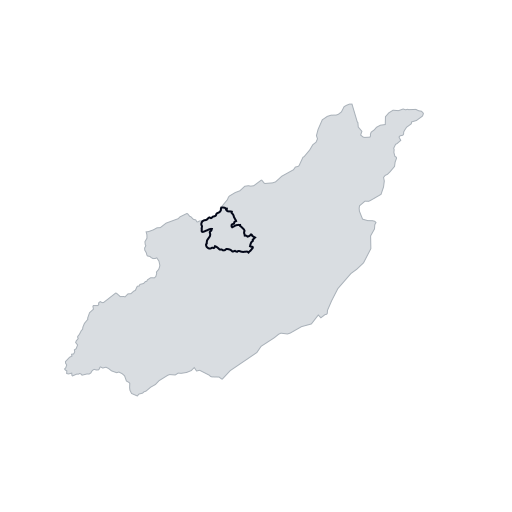 location of Bulgan within Mongolia, rotated 319°
{"feature_id": "MNG-3323", "entity_name": "Bulgan", "entity_type": "Province", "adm_level": 1, "iso_a3": "MNG", "parent_name": "Mongolia", "parent_adm1": "", "projection": "robinson", "projection_center": [103.32, 48.825], "detail": "fine", "context": "in_parent", "style": "outline", "palette": "ink", "viewbox_px": 512, "rotation_deg": 319, "n_neighbors": 0, "source": "natural_earth", "source_scale": "10m", "svg_char_len": 7221}
<svg xmlns="http://www.w3.org/2000/svg" viewBox="0 0 512 512"><g transform="rotate(319 256 256)"><path d="M37.4,215.7L39.0,215.6L41.6,214.1L42.0,211.9L42.9,210.7L48.9,210.1L51.5,210.8L52.1,209.4L52.6,209.2L54.0,210.3L55.4,209.8L56.4,209.3L57.3,207.7L59.4,208.0L63.0,206.1L63.1,203.0L64.5,202.2L67.7,201.6L68.2,200.1L68.9,199.7L71.2,199.3L75.2,197.7L77.1,197.5L78.7,196.1L82.3,194.3L87.7,193.4L88.1,192.5L93.2,189.6L98.4,189.5L99.9,187.0L100.7,186.7L104.2,189.7L105.7,189.3L106.3,188.2L108.5,188.2L109.3,190.3L110.5,191.1L125.8,191.9L126.3,192.7L126.9,197.6L129.6,199.8L130.3,200.9L134.5,200.6L136.9,202.4L140.6,202.3L142.4,202.8L146.1,201.1L146.9,201.1L148.0,202.0L149.8,201.3L153.1,203.0L155.7,202.7L156.9,203.4L158.5,202.8L162.2,203.3L165.1,205.9L167.1,205.7L169.6,204.0L170.3,202.8L173.9,202.2L176.0,201.0L177.3,200.0L179.4,196.2L179.9,192.3L178.2,191.7L176.6,190.4L175.8,188.3L175.7,186.9L174.1,184.7L174.3,183.6L175.3,181.7L175.9,178.6L177.2,176.9L179.6,176.0L179.9,174.7L181.5,172.4L185.4,171.0L187.6,168.4L188.9,165.7L190.7,167.0L195.6,168.9L199.8,169.8L202.4,171.8L209.7,172.2L221.8,176.8L224.3,176.6L231.5,178.5L232.1,179.2L232.0,182.7L232.6,183.6L232.8,187.3L234.2,189.2L233.8,191.4L234.4,192.1L236.2,192.4L239.1,194.8L245.5,196.4L247.4,197.9L251.9,199.0L254.1,198.3L257.9,198.7L259.2,198.4L261.6,196.7L263.1,196.1L271.5,194.7L273.8,193.5L275.4,193.3L282.0,194.5L286.6,196.2L293.3,196.0L296.4,198.0L297.8,199.8L300.4,201.5L309.7,202.2L310.1,202.6L310.0,206.6L310.4,207.2L316.5,211.7L319.4,212.9L327.8,212.7L340.9,215.5L344.0,214.7L346.8,216.1L347.9,216.0L356.2,212.3L357.5,212.6L366.2,211.2L371.8,209.3L376.0,209.5L379.3,207.9L380.6,204.8L385.9,201.2L395.4,196.7L401.4,197.4L405.1,199.0L408.9,202.2L411.1,203.1L415.0,203.3L420.5,201.1L423.4,201.7L426.2,202.7L428.1,204.3L420.4,221.2L420.4,222.2L417.8,225.7L417.7,231.4L414.3,233.4L414.9,236.6L415.8,237.8L419.9,241.0L421.1,240.6L422.2,239.2L424.2,238.1L428.1,238.4L431.4,237.9L435.7,238.9L439.8,241.6L445.1,235.8L450.2,235.1L455.1,235.9L458.9,239.8L463.5,241.6L464.8,243.8L466.6,244.7L467.2,245.7L472.8,250.2L474.1,253.2L475.8,255.2L476.0,257.4L475.7,258.4L473.5,259.6L466.0,259.0L461.4,256.9L459.9,258.1L454.1,257.6L450.9,258.5L448.8,259.3L447.5,260.7L446.6,261.1L445.6,261.0L443.8,259.9L442.3,259.9L441.9,260.2L441.1,263.7L436.2,263.7L434.6,263.3L430.6,265.0L430.0,266.4L428.0,268.3L426.2,271.9L426.7,273.5L426.2,274.4L422.6,276.4L419.3,279.3L412.2,280.4L408.8,280.6L406.3,279.9L403.8,280.4L402.0,283.6L397.5,287.6L390.8,291.5L378.5,289.1L376.9,288.6L374.2,286.1L367.1,286.0L365.1,287.7L363.4,290.1L360.6,298.1L363.6,302.7L367.0,305.7L368.4,307.7L368.5,309.5L366.2,310.3L363.2,313.3L355.7,316.0L347.5,325.8L332.7,331.7L323.5,332.1L316.2,331.5L296.4,334.3L283.7,339.4L274.3,343.9L272.2,346.0L271.2,346.3L269.5,345.5L264.4,345.2L264.3,341.4L253.2,343.6L244.1,339.2L231.2,336.6L228.6,335.5L224.2,330.6L221.9,329.9L216.2,329.7L200.6,327.5L193.3,329.4L161.4,325.6L149.8,326.8L149.4,326.3L148.7,323.1L143.4,318.3L142.7,317.1L142.5,315.2L138.5,305.3L135.7,303.8L136.2,299.7L132.0,300.0L127.3,298.4L122.6,295.5L120.4,293.3L117.0,292.8L113.0,288.8L111.1,288.1L101.0,286.5L95.9,287.0L90.5,285.9L84.3,285.8L82.3,285.0L80.5,285.1L77.0,283.4L74.6,283.8L71.9,278.1L72.8,274.6L74.2,272.5L77.2,269.3L77.2,268.2L76.2,265.3L78.2,260.2L77.8,257.1L76.4,253.6L74.3,252.7L71.6,247.9L70.9,244.1L69.8,241.5L66.8,240.0L65.9,237.7L65.0,237.6L64.2,238.3L62.4,238.6L60.6,237.2L59.7,235.6L58.6,235.1L56.5,235.2L54.7,235.9L52.6,235.6L51.0,234.1L46.5,231.8L46.5,230.2L45.9,229.0L44.5,228.7L43.2,227.5L38.8,226.1L38.8,225.3L40.1,223.5L37.1,222.0L36.0,220.5L37.9,218.5L37.3,217.1L37.4,215.7Z" fill="#d9dde1" stroke="#a8b0b8" stroke-width="1"/><path d="M238.2,194.6L240.2,195.0L241.8,196.0L242.4,196.2L243.0,196.3L245.1,196.1L246.1,196.3L246.6,197.2L246.7,197.7L247.1,198.0L247.5,198.1L248.8,198.0L249.2,198.0L249.7,198.2L250.5,198.7L251.4,199.0L252.3,199.1L253.9,198.2L254.7,198.2L256.5,198.8L257.3,198.9L258.4,198.8L259.5,198.4L260.1,197.8L260.4,197.4L261.1,197.0L261.5,196.7L262.8,197.6L263.8,198.8L264.0,199.0L264.2,199.6L264.3,199.9L264.3,200.5L265.1,201.1L265.0,201.3L264.9,201.4L264.7,201.5L264.4,201.6L263.8,201.6L263.8,202.5L263.8,203.1L263.9,203.4L264.1,203.8L264.6,204.4L266.1,205.7L266.4,206.1L266.8,206.7L265.9,207.4L265.9,209.2L265.9,209.7L265.8,210.1L265.5,211.0L265.2,211.6L264.9,212.2L264.7,213.3L264.4,214.5L264.2,215.8L263.9,216.6L263.2,216.4L262.9,216.3L262.3,216.2L262.0,216.2L261.7,216.3L260.7,217.1L258.8,216.5L258.3,216.4L257.7,216.8L256.9,217.8L256.9,218.7L259.4,219.3L260.2,219.4L261.0,219.7L261.4,219.9L262.0,220.2L262.6,220.7L263.3,221.1L263.7,221.6L264.3,222.1L264.2,222.2L264.1,222.4L263.9,222.6L264.0,222.7L263.8,223.0L264.0,224.2L264.1,224.9L264.2,226.4L264.3,227.7L264.2,228.4L264.0,229.2L263.8,229.5L263.7,229.6L262.9,230.0L262.4,230.5L261.9,231.2L261.6,232.0L261.4,232.4L260.9,233.2L261.5,233.7L262.1,234.6L262.2,234.9L262.3,235.8L262.9,236.1L263.7,236.4L264.5,236.5L265.9,236.6L266.0,236.5L266.2,236.4L266.4,236.4L266.5,236.5L266.6,236.8L266.7,237.2L266.4,237.4L266.4,238.3L266.5,238.8L267.1,240.7L267.4,241.4L266.0,241.5L264.2,241.6L264.0,242.0L263.6,242.5L262.5,242.5L261.8,242.5L261.5,242.6L260.9,242.8L259.1,243.8L258.5,244.3L257.9,244.7L258.2,245.4L258.3,245.6L258.5,245.8L258.8,246.1L259.2,246.5L259.3,246.7L259.4,246.9L259.3,247.1L259.0,247.7L258.0,247.9L256.3,248.2L255.1,248.4L254.8,248.3L254.4,248.3L254.0,248.3L253.6,248.3L252.6,248.5L252.5,247.8L252.3,247.0L251.4,246.2L250.8,245.8L249.9,245.1L249.3,244.8L248.8,244.3L248.3,243.8L248.0,243.4L247.5,242.8L247.2,242.2L246.8,241.5L246.1,240.8L245.8,240.6L245.5,240.5L245.2,240.4L244.5,240.4L244.2,239.9L243.7,239.1L243.6,238.8L243.5,238.3L242.7,238.0L241.8,237.6L241.5,237.5L241.3,237.3L241.2,237.1L241.1,236.8L241.0,235.6L240.8,234.7L240.6,234.3L240.3,233.7L239.9,233.2L239.6,232.7L238.9,231.9L238.3,231.3L237.5,231.2L236.8,231.2L236.5,231.2L236.2,231.1L235.3,230.5L235.1,230.3L234.7,229.9L234.5,229.0L234.3,228.5L234.0,228.2L233.4,227.8L233.1,227.6L232.9,227.4L232.8,227.1L232.7,226.7L232.7,226.3L232.7,226.0L232.4,224.0L231.9,222.5L231.5,221.7L230.9,222.0L230.4,222.3L230.0,222.4L229.7,222.4L229.4,222.3L229.2,222.2L228.9,221.6L228.7,221.4L228.4,221.0L228.1,220.9L227.9,220.8L227.6,220.8L227.1,220.7L226.4,220.4L226.1,220.1L225.8,219.9L225.4,219.4L225.2,219.1L225.0,218.5L225.0,218.3L224.8,217.2L224.8,216.8L224.8,216.5L224.9,216.2L225.4,215.1L225.6,214.9L226.0,214.4L226.6,214.4L226.8,214.3L227.1,214.2L227.5,213.8L227.6,213.6L227.8,213.3L228.4,212.9L228.9,212.4L229.2,212.2L229.5,212.1L230.3,211.8L231.3,211.6L231.9,211.4L232.5,211.3L233.6,211.0L234.2,210.8L234.4,210.7L235.0,210.2L235.6,209.7L236.1,208.9L236.6,207.9L236.7,207.7L236.8,207.6L237.1,207.5L237.4,207.4L237.6,207.4L238.4,207.5L238.7,207.5L238.8,207.5L239.3,207.3L240.4,206.6L239.9,206.1L239.5,205.8L238.5,205.3L237.4,204.9L236.4,204.7L234.6,204.0L233.5,203.7L232.4,203.3L231.7,202.9L231.3,202.6L231.2,202.2L231.2,201.9L231.4,201.6L231.6,201.2L232.2,200.7L232.8,200.1L232.8,199.8L233.2,199.4L233.6,199.2L233.8,198.9L234.1,198.7L234.6,198.3L234.7,198.2L235.0,197.6L235.1,196.9L235.2,196.7L235.4,196.4L235.5,196.2L236.0,195.7L236.6,195.3L237.5,194.9L238.2,194.6L238.2,194.6Z" fill="none" stroke="#020617" stroke-width="2"/></g></svg>